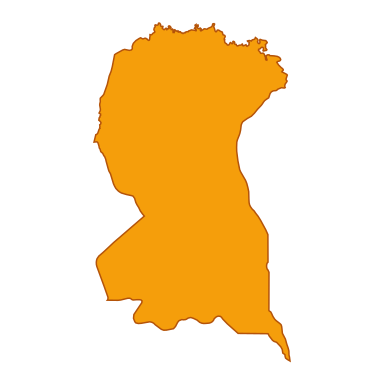 the district of Dambae, Kâmpóng Cham, Cambodia
{"feature_id": "14789045B62933038539463", "entity_name": "Dambae", "entity_type": "district", "adm_level": 2, "iso_a3": "KHM", "parent_name": "Cambodia", "parent_adm1": "Kâmpóng Cham", "projection": "orthographic", "projection_center": [105.919, 12.024], "detail": "fine", "context": "isolated", "style": "filled", "palette": "amber", "viewbox_px": 384, "rotation_deg": 0, "n_neighbors": 0, "source": "geoboundaries", "source_scale": "gbopen_adm2", "svg_char_len": 5790}
<svg xmlns="http://www.w3.org/2000/svg" viewBox="0 0 384 384"><path d="M140.7,37.8L139.3,38.4L135.9,40.6L133.3,43.4L132.2,46.4L132.3,48.8L131.4,49.9L129.4,50.4L124.6,49.4L122.7,50.0L116.0,53.7L114.6,54.7L112.3,66.6L111.1,71.3L109.2,76.1L107.3,84.4L103.8,94.3L103.0,95.4L100.3,98.2L100.2,99.0L100.3,101.9L99.9,103.3L99.7,105.0L100.3,108.5L100.4,110.1L99.8,111.7L99.2,112.6L99.2,113.4L100.6,114.0L100.6,115.4L99.9,116.1L100.0,117.0L99.2,117.8L98.8,120.2L99.6,120.8L100.6,121.9L101.0,122.8L100.6,124.1L99.7,124.8L99.9,126.5L99.7,127.7L100.0,128.3L99.1,129.2L97.8,133.1L96.8,134.3L95.8,134.7L94.0,142.1L96.9,141.8L98.0,142.9L99.0,146.2L99.3,148.0L100.1,149.2L100.8,151.7L102.7,153.3L103.9,155.8L104.6,156.5L105.7,159.2L106.1,161.1L108.3,169.1L108.9,171.0L110.5,173.9L113.5,183.8L114.6,186.2L115.9,188.5L118.2,190.9L119.5,191.9L121.4,193.0L126.4,194.5L131.9,195.7L133.0,196.1L134.6,198.3L135.8,202.4L137.0,204.8L138.7,207.5L140.3,210.9L142.3,213.7L144.3,216.1L113.7,242.5L103.0,252.5L98.9,256.0L97.1,258.6L96.6,260.1L96.3,262.1L96.4,264.6L96.9,266.6L104.2,286.5L108.0,297.3L107.9,299.4L107.3,300.2L118.0,300.3L120.7,300.0L127.6,298.3L129.4,298.2L130.5,298.5L132.0,299.6L133.1,300.0L136.9,299.7L139.5,299.7L140.9,299.9L142.0,300.9L141.8,302.7L133.9,314.5L133.5,318.3L134.8,321.7L135.8,322.9L138.3,323.5L141.2,323.3L149.8,321.8L152.0,322.3L153.7,323.2L155.3,324.8L161.3,329.3L163.7,330.2L166.4,330.1L173.5,328.7L175.5,326.5L177.6,322.4L179.0,320.7L181.7,319.6L183.5,319.8L185.4,319.6L186.4,319.2L188.3,318.0L190.8,317.5L193.3,318.3L196.9,320.0L199.7,322.3L201.8,323.2L203.8,323.5L205.9,323.4L209.2,323.1L210.8,322.6L212.4,321.6L213.5,320.3L214.3,318.6L216.5,316.7L218.3,316.1L220.4,316.4L221.5,317.3L222.8,319.1L227.2,323.7L238.1,333.4L268.0,333.7L269.4,336.3L272.5,340.3L274.0,341.4L276.6,342.3L280.8,346.8L282.2,349.4L282.8,353.1L284.9,354.6L285.1,356.4L285.6,358.1L287.4,359.5L290.0,361.0L289.5,357.1L289.0,355.1L288.9,351.1L288.2,348.2L286.8,344.2L285.4,339.1L282.4,333.3L281.9,328.3L281.6,326.2L281.0,324.6L279.7,323.4L276.1,320.6L274.7,319.2L272.9,316.4L271.5,313.3L270.7,311.9L269.3,311.0L268.9,310.4L269.0,272.3L267.9,269.9L267.1,269.0L266.6,267.0L266.6,265.2L267.0,263.3L268.0,262.2L267.9,234.6L265.8,229.9L260.7,220.5L258.1,216.3L255.6,213.1L254.2,211.0L252.1,209.0L250.6,206.9L249.6,204.9L249.1,202.6L248.9,199.1L248.7,191.6L247.9,187.7L246.8,183.5L245.5,180.3L240.7,172.0L239.7,169.7L237.9,160.8L236.7,151.3L236.6,147.4L236.8,142.1L237.4,139.8L239.3,135.0L239.9,133.2L240.6,130.0L241.2,125.1L241.8,123.4L242.8,121.7L247.3,118.5L251.4,116.2L254.4,113.2L257.6,109.2L261.3,105.3L262.5,103.7L263.5,102.1L264.7,100.6L266.4,99.3L268.7,97.8L270.1,93.5L271.4,91.8L273.4,90.8L276.0,90.6L276.9,90.1L278.0,89.1L281.4,87.7L283.8,88.0L284.5,88.0L285.2,87.6L284.8,86.7L284.8,85.6L285.1,84.2L287.0,81.5L287.0,80.9L286.1,79.8L286.1,78.8L287.3,75.1L286.8,74.4L281.9,71.8L282.4,70.9L283.2,70.2L283.2,69.4L282.3,68.4L281.3,67.7L278.6,65.0L276.8,62.3L277.1,61.9L278.1,61.3L279.6,61.0L280.4,60.3L280.7,59.5L280.3,58.5L279.6,57.6L279.0,57.2L277.3,56.4L274.2,55.9L269.8,55.6L269.2,54.9L268.1,54.8L267.4,54.9L266.2,55.7L266.2,57.4L267.0,59.7L266.8,60.2L265.9,59.9L265.5,59.1L265.5,57.5L264.9,56.2L264.4,54.5L263.7,53.5L263.0,53.1L261.8,53.3L260.7,53.3L260.2,52.6L259.8,51.7L258.5,50.5L258.6,49.3L259.9,48.9L261.3,47.5L262.0,47.2L262.9,47.5L263.4,48.0L263.4,49.5L263.0,50.7L263.4,51.0L263.9,51.0L265.2,50.5L265.9,50.6L266.6,50.2L266.9,49.7L265.6,47.9L265.6,45.6L265.3,44.8L267.1,42.8L267.2,42.3L265.8,40.6L262.5,40.2L261.3,39.8L260.4,39.4L259.9,39.5L259.7,40.4L260.0,42.2L259.5,43.5L258.8,43.6L258.2,43.2L257.6,42.2L257.5,41.6L258.0,40.9L257.8,39.5L256.7,38.4L255.4,37.5L254.9,38.8L254.3,39.3L252.2,39.9L251.3,41.0L249.7,40.5L248.0,40.7L247.4,41.0L247.7,41.5L248.4,41.8L249.2,42.4L249.3,42.9L249.0,43.5L249.0,44.8L248.7,45.2L247.1,46.3L246.6,46.1L246.0,44.7L243.6,45.8L242.7,45.6L242.6,44.4L242.2,44.0L241.6,44.7L240.8,45.1L239.3,45.2L237.8,45.9L237.3,45.9L236.6,45.5L236.2,44.4L234.9,44.2L234.6,43.6L234.7,42.3L234.1,41.6L233.3,41.3L232.9,41.5L232.9,43.0L232.6,43.6L231.9,43.7L230.7,42.5L230.1,42.8L229.4,44.2L228.8,44.9L228.0,45.1L227.4,45.0L226.4,43.6L225.6,43.3L224.8,42.4L224.5,40.5L224.7,39.7L224.3,39.6L224.2,38.9L225.2,36.6L225.1,36.0L224.7,35.4L223.0,34.7L222.3,32.1L220.3,31.2L219.0,30.3L218.0,30.0L217.3,30.1L216.5,31.6L215.9,31.8L215.4,31.4L214.9,30.6L214.7,29.3L213.8,26.9L213.8,26.0L214.3,25.1L214.6,24.1L214.0,23.6L212.9,23.8L212.6,24.3L212.3,25.6L211.9,26.5L211.0,27.1L208.2,28.3L207.2,29.1L206.3,29.2L205.3,28.9L204.4,28.8L203.6,29.1L203.0,29.7L201.2,30.8L200.6,30.8L200.4,30.3L201.2,29.4L201.2,28.9L200.1,28.0L199.5,28.7L198.9,28.7L197.3,27.9L197.0,27.3L198.2,26.3L198.1,25.0L197.5,25.0L196.4,25.8L195.8,25.2L195.9,24.6L195.0,25.2L195.8,26.8L195.2,27.1L194.6,28.3L195.4,28.4L195.5,29.0L196.1,29.4L196.2,30.6L195.5,30.7L194.8,30.3L191.3,29.9L189.9,30.6L189.0,30.7L188.2,31.7L187.2,31.6L185.3,32.2L185.3,32.7L183.4,33.1L183.0,33.5L182.5,33.0L181.9,33.1L180.9,32.5L180.5,31.8L179.8,32.0L178.4,31.1L178.4,31.9L177.3,31.4L176.9,30.9L176.1,31.0L174.8,29.7L174.3,29.9L174.6,31.0L174.2,31.9L174.2,32.5L173.1,32.5L172.9,29.5L172.5,29.0L171.3,29.6L170.7,28.2L171.0,27.4L169.9,26.1L169.4,25.9L168.7,26.0L168.4,26.4L168.5,27.1L169.3,27.9L169.0,28.4L168.3,28.7L167.7,28.6L166.9,29.6L166.0,28.2L164.1,29.7L163.7,29.5L162.3,28.3L162.4,27.7L163.0,26.8L162.8,26.3L161.6,26.4L160.9,26.2L160.5,25.1L160.6,24.5L159.7,23.2L158.9,23.0L158.4,23.4L158.3,24.4L157.7,25.1L156.6,25.2L155.9,24.9L155.2,24.9L154.9,25.4L155.2,26.7L154.2,28.0L153.9,29.7L154.8,31.7L154.6,32.4L153.0,33.2L151.7,34.7L151.2,34.8L150.0,34.6L150.0,36.8L149.8,37.2L149.6,39.4L149.3,40.2L148.5,40.4L147.9,40.0L147.4,39.2L146.6,39.0L145.9,38.3L144.9,38.2L143.4,38.8L142.4,38.8L140.7,37.8Z" fill="#f59e0b" stroke="#b45309" stroke-width="1.5"/></svg>